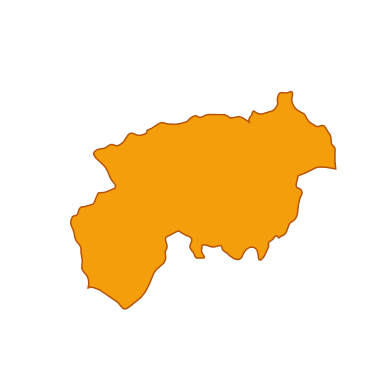 outline of Huancavelica, rotated 46°
{"feature_id": "PER-588", "entity_name": "Huancavelica", "entity_type": "Department", "adm_level": 1, "iso_a3": "PER", "parent_name": "Peru", "parent_adm1": "", "projection": "mercator", "projection_center": [-74.962, -13.06], "detail": "fine", "context": "isolated", "style": "filled", "palette": "amber", "viewbox_px": 384, "rotation_deg": 46, "n_neighbors": 0, "source": "natural_earth", "source_scale": "10m", "svg_char_len": 4166}
<svg xmlns="http://www.w3.org/2000/svg" viewBox="0 0 384 384"><g transform="rotate(46 192 192)"><path d="M275.3,72.6L266.9,78.7L262.4,83.2L261.3,84.8L260.5,86.3L257.0,97.4L254.1,104.5L258.8,111.7L259.7,112.5L260.9,113.4L261.7,113.3L262.4,113.1L263.0,112.9L264.2,112.3L265.0,112.1L266.0,112.1L267.9,112.6L268.8,113.2L269.4,113.7L269.8,114.3L271.2,118.1L271.9,119.4L274.3,123.2L280.7,131.1L282.0,133.3L282.8,135.2L283.1,136.7L283.0,139.3L282.8,140.9L282.3,142.2L282.5,143.5L283.1,145.4L286.0,151.1L286.5,152.5L286.7,154.1L286.7,155.7L286.6,156.5L286.4,157.1L285.7,158.4L285.5,159.0L285.5,159.6L285.6,160.3L285.6,160.9L285.5,161.3L285.3,161.5L285.1,161.5L283.3,161.3L282.9,161.4L282.6,161.6L281.6,162.4L282.2,166.5L282.1,167.7L281.4,171.8L284.5,174.9L288.2,184.1L288.6,186.2L288.8,189.4L287.7,190.8L286.9,190.6L286.0,190.2L282.0,187.3L279.2,185.8L277.3,185.5L275.7,185.7L274.5,186.3L273.5,187.1L272.6,188.0L271.9,189.1L271.5,190.4L271.2,191.9L271.2,193.5L271.3,195.1L272.0,198.0L273.1,200.4L273.5,201.6L273.6,202.8L273.3,204.4L272.3,206.1L270.1,207.6L268.3,208.3L263.9,209.2L261.2,209.2L259.8,209.4L257.0,210.0L255.6,210.1L254.3,209.9L252.1,208.7L251.1,208.5L250.2,209.0L249.4,209.9L247.3,213.7L245.7,215.6L239.5,219.1L237.9,220.4L237.4,221.6L238.2,222.8L241.2,226.4L242.4,226.9L244.0,227.4L245.6,227.7L247.5,228.3L247.8,228.9L247.1,230.0L242.6,234.7L240.0,234.5L238.5,233.7L236.6,233.1L233.0,232.8L231.1,232.2L229.7,231.4L229.1,230.5L227.2,226.6L226.4,225.5L225.2,224.7L224.0,224.6L222.7,224.8L217.9,226.8L211.5,228.4L210.7,228.8L210.1,229.7L206.5,242.0L206.9,243.0L207.6,243.9L208.7,244.7L212.3,246.6L214.2,248.1L214.8,248.8L215.1,249.3L215.5,250.8L216.0,251.9L216.7,253.0L217.6,253.9L219.7,255.4L220.6,256.3L221.4,257.1L221.9,257.8L222.8,259.5L223.5,261.7L223.1,271.7L223.8,275.8L228.4,286.1L231.4,295.0L232.4,301.8L231.0,317.3L230.5,319.6L229.6,321.4L228.5,322.3L226.5,322.5L219.6,322.1L198.4,326.4L193.1,328.8L190.1,330.8L188.8,333.4L186.4,330.1L183.7,327.8L181.4,326.5L179.6,325.9L178.0,325.6L174.2,325.4L170.7,324.6L164.9,318.4L158.1,313.6L155.8,311.3L154.0,310.3L152.8,309.8L148.0,309.4L146.3,309.1L143.8,308.1L142.0,307.0L139.8,305.4L138.3,304.5L130.9,301.5L129.4,300.0L128.3,298.7L127.2,296.3L126.8,295.1L127.0,293.9L128.2,291.7L128.5,290.5L128.2,289.3L126.3,285.9L125.9,284.6L125.7,283.5L126.0,281.8L127.9,279.5L131.9,271.9L131.7,270.0L131.3,268.7L130.0,266.3L127.6,260.2L129.0,258.2L130.7,256.3L132.1,254.1L135.8,244.7L135.0,243.3L133.9,242.5L132.5,242.0L127.9,241.6L125.1,241.0L118.5,238.3L114.3,237.2L111.7,237.0L109.1,237.1L100.4,237.5L96.8,236.7L95.9,235.8L95.4,234.6L95.2,233.2L95.5,231.8L95.9,230.4L97.2,228.1L99.5,224.9L100.0,223.6L100.4,222.2L100.9,219.0L101.4,217.6L102.2,216.6L103.2,215.8L105.7,214.7L106.8,213.7L107.6,212.1L108.2,209.2L108.3,207.1L108.1,205.3L106.5,198.1L106.7,196.2L107.4,194.9L108.3,194.1L113.2,191.8L114.5,190.8L115.7,189.3L117.1,186.5L117.7,184.8L117.9,183.9L117.7,183.4L117.4,182.8L116.5,181.5L118.2,176.7L119.7,168.8L120.6,166.4L121.7,164.9L126.1,162.3L131.6,157.1L134.9,152.6L137.8,146.7L137.8,142.9L137.8,141.5L138.4,138.9L138.9,137.6L139.7,136.4L141.0,135.7L142.2,135.4L143.4,134.8L144.4,133.7L145.2,131.9L146.3,128.5L147.2,127.1L148.5,125.5L158.2,115.7L159.7,114.5L162.0,113.7L163.8,113.4L165.4,112.9L166.6,111.5L170.4,105.8L173.5,104.1L181.5,102.3L180.4,101.8L180.2,101.6L179.8,101.2L178.8,99.6L178.6,99.0L178.1,95.9L176.8,93.5L176.6,93.0L176.3,91.6L176.7,91.4L177.3,91.2L179.3,90.7L181.9,89.8L183.3,88.7L184.3,87.6L185.0,86.6L189.4,78.0L189.7,76.6L189.7,75.1L189.3,72.0L188.9,70.6L188.3,69.4L187.4,68.5L184.5,66.1L183.0,63.9L182.4,62.7L181.9,61.5L181.8,60.2L182.3,59.1L183.1,58.2L186.0,55.7L186.7,54.7L187.2,53.8L188.0,52.1L188.6,51.1L189.5,50.6L190.9,51.1L191.8,52.0L194.1,55.3L195.0,56.2L195.9,56.9L196.9,57.5L198.5,58.3L201.1,59.2L202.9,59.4L205.0,59.5L208.1,58.9L213.0,57.3L214.7,57.2L216.7,57.6L218.2,58.2L219.9,58.6L221.9,58.8L224.7,58.7L231.1,57.0L232.0,56.4L232.5,55.9L233.4,54.1L234.1,52.8L234.9,51.9L235.4,51.5L236.0,51.2L236.9,51.1L238.1,51.2L243.3,52.4L246.6,52.8L248.9,54.0L254.6,58.4L258.4,58.4L259.2,58.5L260.5,59.3L268.6,67.3L275.3,72.6Z" fill="#f59e0b" stroke="#b45309" stroke-width="1.5"/></g></svg>